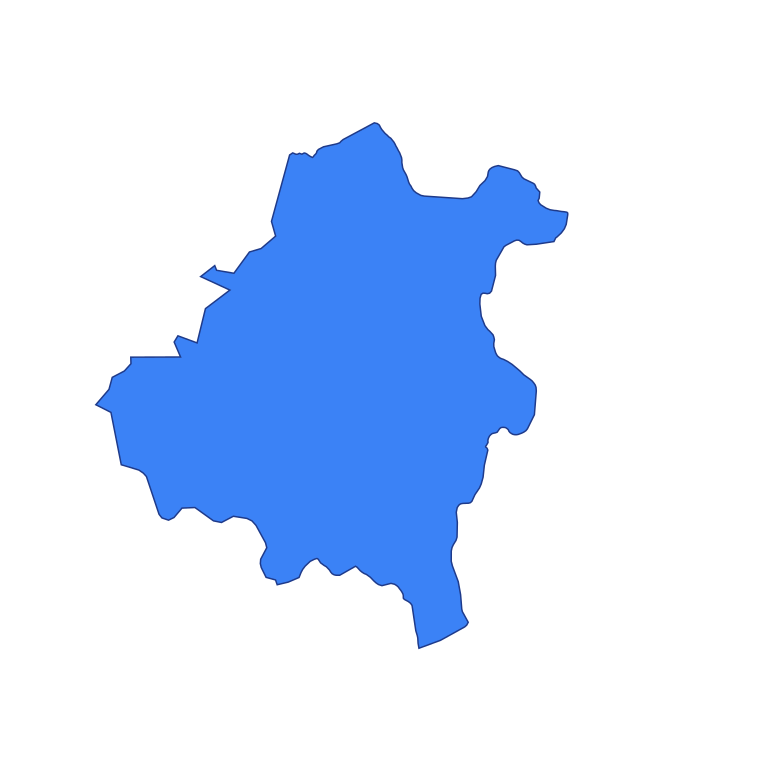 Albacete, Mercator projection, rotated 314°
{"feature_id": "ESP-5802", "entity_name": "Albacete", "entity_type": "Autonomous Community", "adm_level": 1, "iso_a3": "ESP", "parent_name": "Spain", "parent_adm1": "", "projection": "mercator", "projection_center": [-1.774, 38.723], "detail": "fine", "context": "isolated", "style": "filled", "palette": "blue", "viewbox_px": 768, "rotation_deg": 314, "n_neighbors": 0, "source": "natural_earth", "source_scale": "10m", "svg_char_len": 3831}
<svg xmlns="http://www.w3.org/2000/svg" viewBox="0 0 768 768"><g transform="rotate(314 384 384)"><path d="M604.5,407.3L590.4,396.5L583.4,390.1L582.4,388.1L581.8,385.9L581.6,383.5L581.2,381.3L579.7,379.5L577.6,378.4L568.5,375.4L566.0,375.0L551.0,378.8L548.5,380.2L546.1,382.2L539.6,388.8L525.5,396.8L522.7,396.9L520.7,395.6L519.5,393.7L518.1,392.1L516.0,391.6L512.4,393.5L508.1,397.4L500.3,406.9L496.1,416.0L495.3,420.9L495.4,423.4L495.1,428.3L494.0,430.5L492.5,432.7L489.5,434.7L487.2,437.0L484.1,442.5L483.5,444.2L483.0,446.0L483.1,447.9L483.4,449.8L483.9,451.1L484.8,453.0L486.1,457.3L487.1,462.6L487.8,472.8L487.7,478.1L488.9,486.0L489.1,488.5L488.8,491.1L488.3,493.5L487.2,495.7L484.8,498.4L466.4,513.5L451.4,518.3L449.0,518.5L446.5,518.0L444.3,517.2L441.0,515.6L439.6,514.6L438.4,513.3L437.4,511.8L436.9,510.2L436.6,508.4L436.8,506.7L437.5,505.0L437.4,503.4L437.1,501.8L436.2,500.5L435.1,499.3L433.8,498.4L432.2,498.2L428.0,498.9L426.5,498.2L423.6,496.3L421.9,496.0L420.0,496.0L417.7,496.7L415.8,497.7L414.1,499.5L410.9,500.3L409.8,500.4L409.3,500.9L409.4,502.7L408.6,504.6L395.3,512.6L385.8,520.0L379.6,523.4L375.5,524.9L367.5,526.3L360.7,528.7L358.7,528.6L357.1,527.7L352.8,523.6L350.9,522.3L348.8,522.0L346.0,522.5L341.9,525.1L335.3,533.0L324.6,542.9L321.6,544.4L316.6,545.5L313.7,546.5L310.6,548.4L303.2,555.5L300.6,559.7L293.4,574.7L285.7,585.4L276.1,596.3L274.7,598.5L271.1,610.1L268.0,611.0L265.4,610.8L238.9,602.7L218.2,592.7L221.1,588.7L224.7,584.8L226.2,582.6L228.6,578.3L244.2,558.0L244.7,555.4L244.4,552.6L243.3,548.7L243.2,547.0L244.0,546.0L245.1,545.0L246.1,543.5L246.7,541.7L247.2,539.7L247.5,537.3L247.9,535.3L247.8,533.1L247.3,530.7L245.4,527.5L237.5,522.6L235.9,519.3L235.4,516.4L235.3,513.5L235.5,508.4L234.8,503.6L233.9,501.4L233.4,499.0L233.2,496.5L233.5,491.9L233.1,490.1L215.7,485.0L213.1,482.3L212.1,480.7L211.5,478.5L211.7,476.3L212.3,474.0L212.5,469.4L211.9,467.1L211.3,462.6L212.2,458.8L212.2,457.7L212.1,457.4L212.0,457.2L211.5,456.7L209.4,455.6L205.2,454.1L198.2,453.8L194.1,454.3L190.7,455.3L185.8,457.3L174.9,452.7L165.4,446.6L167.7,442.1L163.0,433.5L166.7,423.2L168.9,419.8L172.3,417.0L184.8,413.4L187.5,409.0L193.4,390.1L193.8,384.1L192.1,378.8L184.2,367.5L171.5,363.3L167.1,356.4L163.8,333.8L154.4,324.9L142.1,325.7L136.4,323.6L133.4,317.3L134.0,312.7L152.4,277.4L152.7,272.7L151.8,267.4L143.4,251.1L173.9,207.3L168.9,191.1L189.1,189.9L200.0,183.9L213.0,188.2L222.8,187.9L227.4,183.2L262.1,218.9L268.4,203.9L275.5,202.3L283.7,221.0L314.2,203.2L344.5,207.9L333.9,177.5L351.6,180.0L349.5,184.6L359.4,199.1L385.5,195.5L396.1,201.5L415.1,203.3L422.8,190.1L483.2,157.0L486.8,157.8L487.4,159.2L488.1,161.1L489.3,162.2L491.2,162.9L491.7,164.0L492.3,165.3L494.7,166.1L495.5,167.4L495.9,169.0L496.1,171.0L496.5,172.8L497.2,175.1L498.5,175.3L499.9,175.0L502.1,175.1L503.6,174.8L504.9,174.0L507.2,173.9L512.6,175.7L524.1,183.3L526.8,184.6L528.8,184.5L531.5,184.8L565.1,195.6L566.7,198.3L567.0,200.8L566.1,203.3L565.5,205.7L565.0,210.8L565.2,213.4L565.1,215.8L565.5,218.2L564.9,223.0L564.2,225.4L563.4,227.4L562.9,229.3L561.8,232.4L561.2,234.6L559.0,239.4L557.5,241.3L555.7,243.0L552.6,247.1L551.5,249.3L550.0,254.3L549.0,256.7L546.4,261.4L545.5,263.6L545.1,265.9L544.3,268.1L543.7,270.9L543.9,274.3L545.3,279.5L547.2,282.5L571.8,311.7L576.1,315.2L579.5,316.9L586.4,316.7L593.4,315.1L600.5,315.4L605.2,314.3L609.0,311.7L610.5,311.1L612.4,310.9L614.9,311.4L617.4,312.5L620.5,314.5L628.7,329.0L630.1,332.0L630.0,334.5L628.7,339.4L628.8,342.1L632.1,352.1L632.3,353.6L631.6,355.7L630.7,357.3L630.3,362.7L627.7,364.8L625.4,366.6L623.0,367.4L622.0,369.7L621.8,372.2L623.1,378.5L624.7,382.4L627.1,385.9L628.5,387.6L631.3,391.7L632.9,393.7L634.6,396.2L634.6,397.4L633.4,398.6L625.4,404.2L621.0,405.9L615.9,406.6L609.8,406.3L608.5,406.0L604.5,407.3Z" fill="#3b82f6" stroke="#1e3a8a" stroke-width="1.5"/></g></svg>